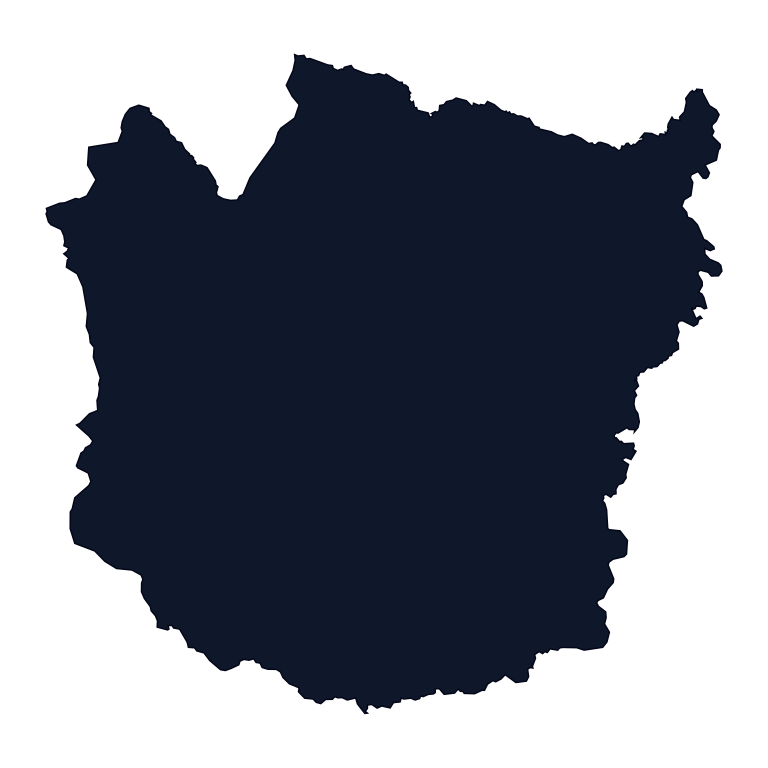 Tain, Brong Ahafo, Ghana (orthographic projection)
{"feature_id": "2480657B14065489870616", "entity_name": "Tain", "entity_type": "district", "adm_level": 2, "iso_a3": "GHA", "parent_name": "Ghana", "parent_adm1": "Brong Ahafo", "projection": "orthographic", "projection_center": [-2.339, 7.791], "detail": "fine", "context": "isolated", "style": "filled", "palette": "ink", "viewbox_px": 768, "rotation_deg": 0, "n_neighbors": 0, "source": "geoboundaries", "source_scale": "gbopen_adm2", "svg_char_len": 6032}
<svg xmlns="http://www.w3.org/2000/svg" viewBox="0 0 768 768"><path d="M702.3,89.7L696.8,89.2L696.9,91.0L696.0,90.3L694.0,92.1L692.4,90.6L690.2,92.3L685.7,98.5L686.4,102.3L684.4,111.8L679.6,117.0L680.2,120.3L673.6,119.6L672.0,117.2L668.2,124.0L667.7,127.8L669.1,128.1L667.4,130.3L667.7,132.7L665.2,132.2L665.8,134.6L660.2,133.8L658.7,136.6L651.7,133.5L644.6,133.0L640.7,137.7L643.2,137.2L642.8,140.0L639.3,140.7L635.1,144.9L633.4,144.2L632.1,145.7L630.1,145.5L628.2,143.2L626.3,143.5L624.4,146.4L621.9,146.0L620.9,149.6L618.5,150.7L614.1,147.1L612.4,147.7L608.1,144.6L600.6,142.3L598.3,142.5L595.6,144.9L593.7,144.8L592.1,142.9L588.7,143.6L581.0,138.2L572.2,134.3L564.3,136.7L557.6,135.0L551.4,131.8L539.4,129.0L539.1,127.5L534.3,126.2L529.1,118.2L527.6,118.8L521.1,116.0L517.3,116.0L513.7,113.8L510.9,114.1L509.5,111.9L507.4,112.9L506.2,111.1L504.7,111.8L500.9,110.2L494.4,104.7L487.5,101.5L484.8,105.2L480.4,104.5L479.6,105.7L473.5,103.2L473.1,105.6L471.8,106.2L466.3,100.7L456.1,98.0L452.9,100.1L446.5,101.6L444.0,104.7L439.7,105.5L439.2,110.7L437.1,112.4L435.5,111.5L431.5,113.5L432.6,114.0L432.3,116.3L429.8,117.4L428.1,112.9L417.3,110.3L416.6,107.6L414.5,107.7L413.3,101.4L411.5,102.6L409.0,99.7L410.1,96.9L409.1,94.7L410.7,93.1L408.5,90.3L408.2,87.4L405.7,85.1L402.8,84.8L402.3,82.3L399.1,82.3L386.1,74.1L384.5,75.4L378.8,73.6L372.6,75.1L366.4,73.9L353.6,69.0L351.1,65.5L344.3,67.3L343.3,69.6L341.7,69.0L337.6,70.4L333.3,68.5L332.4,65.6L327.5,64.9L310.0,58.5L306.3,59.0L304.0,55.4L297.8,56.0L294.6,54.6L295.2,60.4L293.0,70.7L286.3,85.3L292.1,96.2L299.2,104.8L294.7,118.0L280.7,128.3L278.0,132.7L274.9,143.1L250.0,177.8L243.0,194.6L239.5,196.1L237.4,200.0L230.7,200.4L223.4,198.9L217.2,195.6L216.4,192.7L218.0,186.6L216.1,185.1L215.3,180.8L207.0,167.6L201.0,165.1L197.2,165.5L195.0,163.9L195.9,162.4L193.3,159.1L193.6,157.7L191.7,155.6L189.6,155.7L189.6,154.0L184.7,149.3L181.5,142.7L176.2,141.3L174.6,137.7L169.9,134.2L168.5,129.3L165.1,126.9L161.1,120.9L150.4,114.7L151.5,113.4L149.2,111.6L149.0,108.3L138.8,105.2L130.0,108.4L125.4,114.2L122.3,121.6L121.2,127.8L122.3,131.3L118.1,142.5L88.8,147.2L87.6,165.1L96.0,179.8L86.8,195.9L79.2,199.2L75.6,198.5L64.8,202.8L59.5,203.3L46.4,208.4L47.2,211.6L46.1,213.7L48.5,221.9L51.0,224.7L61.2,229.5L63.9,235.7L64.8,241.9L63.9,245.7L68.7,248.0L67.3,251.2L63.8,253.8L69.0,258.3L67.3,260.1L66.4,267.2L77.2,273.8L82.9,286.9L87.5,313.5L86.3,326.5L89.4,334.4L90.3,342.6L94.1,347.4L93.4,357.2L100.3,377.9L98.7,384.4L99.6,388.2L98.4,396.6L97.0,400.3L97.7,410.5L89.5,413.7L80.0,423.3L76.5,425.0L88.9,436.0L92.8,441.0L90.6,444.8L85.5,447.8L83.8,451.2L81.0,453.1L76.4,465.8L77.7,467.8L88.2,473.0L90.9,481.5L88.9,485.5L74.8,497.8L72.2,509.0L70.3,511.9L70.2,528.6L74.8,543.4L94.8,551.0L104.8,561.3L116.5,568.5L131.9,570.0L141.1,575.0L142.9,579.3L141.6,583.1L141.5,591.8L144.4,598.5L150.3,606.6L151.2,610.8L155.5,615.8L157.5,620.9L157.2,627.1L167.6,629.9L168.9,629.1L168.1,625.5L172.1,625.5L173.6,628.0L179.6,629.1L187.2,642.2L188.4,647.3L194.6,647.8L196.8,650.9L204.0,652.9L209.7,660.5L220.5,669.7L225.4,670.5L231.1,668.4L238.8,664.8L239.9,661.2L243.9,659.4L249.0,660.2L253.7,658.8L256.0,662.4L260.1,663.1L262.2,667.5L267.7,669.2L276.5,669.4L280.5,672.0L282.9,677.4L289.4,683.8L299.1,687.8L298.5,691.8L304.7,698.2L313.1,699.0L316.2,702.3L320.8,703.6L325.7,699.4L332.4,699.3L334.9,696.6L337.7,697.8L342.1,697.6L347.3,700.0L355.7,697.9L357.4,703.8L364.8,713.4L367.4,713.1L365.3,711.3L367.4,708.5L367.5,705.0L371.9,704.5L377.1,708.1L381.7,706.0L390.1,707.9L393.5,702.6L400.1,701.9L401.1,698.1L403.9,699.0L410.9,698.2L415.1,700.0L419.6,698.6L420.5,696.0L423.2,696.6L428.3,694.4L433.5,693.9L435.3,692.5L435.2,689.4L436.2,688.7L439.4,688.8L444.1,694.3L454.5,693.1L458.2,689.0L460.2,691.2L463.2,691.6L464.2,693.4L474.6,693.7L481.9,690.3L484.5,690.3L487.5,684.2L492.9,680.6L495.7,681.8L501.0,679.0L505.2,674.7L515.9,682.5L526.4,681.1L528.6,676.6L527.6,669.2L530.0,667.6L532.9,668.0L532.4,666.3L535.5,658.3L534.6,654.6L539.2,651.6L542.6,653.6L544.8,651.6L547.3,652.5L550.1,648.8L557.7,650.2L559.6,647.9L562.9,647.4L576.8,647.7L584.1,650.1L602.7,647.3L606.9,642.0L609.4,632.2L604.5,624.0L606.1,617.7L605.7,611.9L598.5,606.4L596.6,602.9L598.0,600.5L603.4,597.9L607.5,589.1L613.2,582.6L613.7,578.9L608.2,565.3L608.8,562.3L613.1,559.2L624.0,556.6L626.5,554.1L627.4,540.4L620.0,530.8L609.1,529.7L607.7,528.4L606.6,509.8L604.7,503.3L602.5,500.8L603.8,498.1L603.3,495.5L606.1,494.2L610.8,497.2L613.2,494.3L616.0,493.8L615.9,489.2L618.3,484.8L622.9,483.0L626.2,477.8L625.7,474.3L628.5,464.5L623.2,461.0L622.4,459.2L625.7,457.4L631.0,459.5L636.0,451.2L633.1,449.4L634.2,445.7L633.5,443.2L623.6,443.7L621.3,441.3L619.5,441.6L616.3,437.8L614.4,437.6L614.2,435.3L616.1,432.8L618.0,433.1L627.0,427.7L629.1,429.5L634.8,429.6L634.4,431.9L638.0,427.5L639.3,421.8L637.8,413.5L635.1,409.5L633.9,404.0L634.7,397.7L636.6,395.4L634.3,390.6L638.5,386.0L636.5,380.6L634.7,380.9L635.1,379.5L636.7,379.4L636.5,376.0L638.5,375.6L639.9,372.2L643.8,371.9L647.5,367.5L651.8,368.2L652.0,367.1L657.1,366.5L660.1,363.2L662.2,362.9L663.2,360.6L665.1,360.6L668.0,358.3L668.4,356.1L671.5,355.4L672.5,352.6L678.5,349.1L678.3,343.2L676.3,341.0L679.0,332.0L676.9,324.8L679.2,321.1L682.6,320.7L693.7,326.2L697.5,323.9L698.9,319.3L701.9,318.3L700.1,316.1L696.0,318.8L691.8,308.9L692.1,307.9L693.4,309.2L695.2,308.4L696.1,306.1L700.9,306.5L704.3,308.8L706.7,308.0L703.8,297.4L701.9,294.0L698.7,292.1L702.3,285.7L702.1,281.5L697.9,274.4L698.1,271.7L700.4,270.2L708.3,272.3L711.3,276.0L718.5,275.8L721.9,271.1L720.8,265.4L718.4,263.0L709.6,259.2L704.9,254.0L704.7,248.4L710.2,250.6L714.3,248.9L713.8,246.8L706.6,240.6L703.9,239.6L697.4,224.8L692.0,218.9L687.6,217.2L686.6,212.3L681.7,206.4L684.2,199.7L690.9,195.6L692.8,182.4L690.4,177.7L691.2,174.8L698.1,171.5L703.1,178.1L705.9,178.5L707.9,176.9L709.4,172.9L705.1,165.0L716.4,160.1L718.4,150.2L720.1,147.9L720.2,144.3L711.8,135.9L713.9,131.5L712.0,127.9L712.1,125.1L716.2,121.1L719.1,114.7L716.2,109.9L709.4,105.6L702.3,92.2L702.3,89.7Z" fill="#0f172a" stroke="#020617" stroke-width="1.5"/></svg>